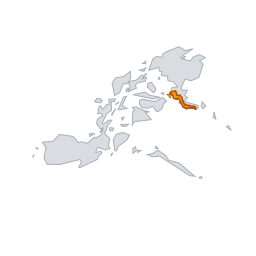 Zamboanga del Norte, Zamboanga del Norte, Philippines (highlighted), rotated 256°
{"feature_id": "2640588B39288775379873", "entity_name": "Zamboanga del Norte", "entity_type": "district", "adm_level": 2, "iso_a3": "PHL", "parent_name": "Philippines", "parent_adm1": "Zamboanga del Norte", "projection": "albers", "projection_center": [122.692, 8.0], "detail": "fine", "context": "in_parent", "style": "filled", "palette": "amber", "viewbox_px": 256, "rotation_deg": 256, "n_neighbors": 0, "source": "geoboundaries", "source_scale": "gbopen_adm2", "svg_char_len": 7585}
<svg xmlns="http://www.w3.org/2000/svg" viewBox="0 0 256 256"><g transform="rotate(256 128 128)"><path d="M119.2,39.2L129.2,43.7L134.9,41.4L133.3,52.3L138.3,59.8L133.1,72.8L125.8,76.2L125.9,79.9L123.0,84.6L127.1,92.8L126.2,95.0L128.0,100.7L134.1,104.0L133.9,101.0L139.8,98.6L143.9,100.4L146.2,106.5L148.9,105.3L149.2,102.2L156.0,105.3L155.8,106.9L152.3,108.0L156.0,113.2L155.6,115.4L160.5,116.4L159.3,122.9L156.9,121.2L157.8,118.1L149.1,116.3L147.1,110.8L139.3,104.3L137.6,104.6L140.3,111.5L139.4,114.2L136.3,109.7L128.2,103.9L122.3,107.9L115.4,104.6L112.6,105.7L112.4,100.4L116.8,94.0L112.0,90.7L112.0,96.3L110.0,96.7L107.4,91.9L105.1,91.1L101.1,71.7L101.9,70.7L106.3,74.6L109.1,73.7L109.1,52.6L112.4,40.7L119.2,39.2ZM178.9,162.0L188.9,168.7L190.5,173.2L188.3,178.2L191.4,179.7L192.7,183.6L194.5,197.0L189.2,202.5L189.2,210.1L184.0,195.9L182.2,196.9L177.9,204.9L180.9,208.0L182.0,214.8L177.6,220.1L175.9,213.6L171.7,216.3L159.9,209.0L158.6,200.7L161.6,195.1L154.1,189.2L151.7,189.4L150.3,195.0L146.2,190.9L142.7,193.3L142.0,190.6L139.6,190.0L133.0,201.4L130.5,201.1L130.0,197.9L134.4,187.5L143.7,184.5L145.6,180.7L150.9,176.9L156.6,180.6L156.0,186.0L161.5,183.5L164.3,178.3L168.8,178.8L170.7,173.1L174.4,174.5L175.4,172.3L179.4,172.4L178.9,162.0ZM149.3,168.9L144.8,171.9L143.0,168.3L138.9,166.0L136.6,161.2L137.6,159.3L142.9,157.6L142.4,151.7L144.6,146.4L148.4,144.9L151.9,145.9L152.7,147.9L147.1,160.7L149.3,168.9ZM175.5,123.4L179.6,128.1L179.0,136.4L182.4,144.0L175.5,142.7L172.8,140.0L171.1,137.0L172.2,134.1L164.6,128.7L162.6,122.9L175.5,123.4ZM130.0,132.9L142.6,136.5L143.4,138.7L147.0,137.3L146.5,140.8L141.7,147.3L130.5,152.6L132.6,135.8L130.0,132.9ZM81.9,168.9L65.0,181.1L66.9,176.3L93.0,151.9L94.1,145.0L97.6,140.3L97.2,145.3L99.3,151.6L92.5,157.7L86.8,159.7L81.9,168.9ZM109.4,109.7L120.3,110.9L124.7,115.1L124.9,122.0L120.7,127.8L116.4,123.7L112.8,114.5L108.5,111.1L109.4,109.7ZM166.5,140.0L171.3,139.5L172.7,141.8L172.5,147.7L176.1,154.4L174.4,156.0L172.2,153.6L172.8,158.2L169.4,156.4L169.4,147.8L167.7,145.3L164.7,145.8L163.1,137.3L166.5,140.0ZM150.0,166.5L150.2,159.2L159.1,141.0L158.7,153.2L154.5,157.0L150.0,166.5ZM166.8,161.7L160.3,164.3L157.8,164.0L156.1,161.3L163.3,156.5L166.6,158.3L166.8,161.7ZM148.1,122.7L159.1,131.3L159.2,134.3L151.3,127.8L147.0,131.9L148.1,122.7ZM163.3,108.1L160.9,109.5L159.0,107.7L161.5,101.9L164.2,104.8L163.3,108.1ZM135.5,206.2L130.5,208.8L128.7,205.4L131.8,204.3L135.5,206.2ZM102.2,126.6L106.9,127.7L108.1,130.6L103.9,130.6L102.2,126.6ZM130.0,109.4L132.8,110.5L131.3,114.1L128.9,112.4L130.0,109.4ZM117.6,213.3L122.8,215.5L115.4,215.3L117.6,213.3ZM181.9,159.8L179.2,157.0L181.5,152.5L181.3,155.2L181.9,159.8ZM133.2,121.8L131.4,129.4L130.1,126.3L131.2,122.5L133.2,121.8ZM105.5,223.9L105.8,226.2L100.6,227.5L105.5,223.9ZM131.7,89.1L131.5,92.5L130.3,93.9L129.1,88.6L131.7,89.1ZM140.8,148.4L138.5,152.8L138.5,150.3L140.8,148.4ZM104.2,131.9L103.0,135.1L101.9,131.4L104.2,131.9ZM166.9,137.9L165.2,138.0L163.5,135.5L165.6,135.2L166.9,137.9ZM139.4,124.0L139.4,126.9L137.0,124.5L139.4,124.0ZM188.6,161.4L186.1,160.9L187.2,157.8L188.6,161.4ZM145.4,115.4L149.9,121.1L144.3,115.5L145.4,115.4ZM103.7,150.7L100.8,152.3L101.6,149.7L103.7,150.7ZM153.9,168.8L153.4,171.3L151.7,170.1L153.9,168.8ZM154.5,122.4L155.5,125.8L153.3,121.5L154.5,122.4ZM63.0,187.8L61.5,187.6L61.8,185.5L63.0,185.2L63.0,187.8ZM169.8,170.7L167.9,170.8L167.7,169.5L168.8,169.3L169.8,170.7ZM183.5,201.0L182.1,199.5L182.5,197.9L183.5,198.7L183.5,201.0ZM106.8,105.4L107.6,107.4L105.3,105.1L106.8,105.4ZM175.6,157.1L176.4,159.6L174.2,156.5L175.6,157.1ZM131.2,34.6L129.0,36.1L130.6,33.8L131.2,34.6ZM133.6,102.4L130.6,100.9L130.7,99.9L133.6,102.4ZM123.1,28.5L125.0,30.3L122.9,29.1L123.1,28.5Z" fill="#d9dde1" stroke="#a8b0b8" stroke-width="1"/><path d="M152.6,179.3L152.6,178.0L152.4,178.0L152.3,177.9L152.2,177.9L152.1,178.0L152.0,177.9L152.0,178.0L151.9,177.9L151.9,178.0L151.8,177.9L151.6,177.7L151.7,177.4L151.9,177.2L151.8,176.9L151.7,176.9L151.6,177.1L151.4,177.2L151.2,177.0L150.9,176.7L150.4,176.6L150.1,176.6L150.1,176.9L150.3,176.9L150.3,177.0L150.4,176.9L150.5,176.9L150.4,177.0L150.5,177.0L150.4,177.1L150.4,177.3L150.6,177.3L150.6,177.7L150.6,177.8L150.3,178.0L150.2,177.8L150.0,177.7L149.9,177.8L149.7,177.8L149.7,178.1L149.5,178.4L149.5,178.5L149.6,178.4L149.5,178.5L149.5,178.8L149.4,178.9L149.4,179.0L149.1,179.4L149.0,179.5L148.6,179.6L148.4,179.5L148.3,179.4L148.0,179.4L147.6,179.3L147.4,179.3L146.8,179.4L145.8,179.5L145.7,179.6L145.5,179.8L145.4,179.9L145.2,180.0L145.2,180.3L145.2,180.5L145.0,180.8L144.8,180.8L144.7,180.9L144.6,181.4L144.7,181.6L144.8,181.8L144.7,182.1L144.5,182.3L144.3,182.3L144.1,182.3L144.2,182.6L144.2,182.8L144.3,182.8L144.4,183.0L144.7,183.2L144.8,183.2L144.8,183.4L144.8,183.5L144.8,183.9L144.7,184.0L144.3,184.1L144.2,184.3L143.8,184.6L143.5,184.7L143.3,184.7L143.1,184.7L142.9,184.7L143.0,184.7L142.9,184.7L142.9,184.8L142.5,185.0L141.8,185.1L141.7,185.1L141.3,185.2L140.8,185.1L140.5,185.0L140.4,184.9L140.4,184.7L140.2,184.4L140.1,184.7L139.9,184.8L139.8,185.1L139.5,185.3L139.3,185.3L139.2,185.4L139.3,185.5L139.1,185.6L138.9,185.6L138.7,185.6L138.3,185.7L138.2,185.8L137.7,185.7L136.6,186.0L136.0,186.1L135.9,186.2L135.8,186.3L135.6,186.3L135.5,186.5L135.2,186.5L134.8,186.7L134.7,186.9L134.5,187.1L134.3,187.2L134.1,187.4L134.2,187.5L134.3,187.6L134.3,187.8L134.2,188.0L133.9,188.3L133.7,188.5L133.4,188.5L133.2,188.8L133.2,189.0L133.0,189.3L132.9,189.5L132.7,189.5L132.8,189.7L132.7,189.8L132.5,189.7L132.5,189.8L132.7,190.0L132.8,190.1L132.7,190.2L132.4,190.1L132.5,190.1L132.4,190.1L132.4,190.3L132.2,190.4L132.3,190.4L132.4,190.5L132.5,190.5L132.8,191.0L132.9,191.3L132.9,191.7L132.9,191.8L132.8,192.0L132.7,192.0L132.8,192.0L132.7,192.1L132.6,192.3L132.8,192.6L132.8,192.4L132.9,192.5L133.0,192.5L133.0,192.8L132.8,192.9L132.8,193.0L132.7,192.9L132.6,193.0L132.5,193.3L132.3,193.4L132.2,193.3L132.1,193.5L132.3,193.7L132.1,193.8L132.0,194.0L131.9,194.3L131.8,194.5L131.8,195.1L131.7,195.3L131.7,195.5L131.5,195.8L131.5,196.0L131.8,196.3L132.0,196.3L131.9,196.5L131.6,196.7L131.2,196.8L131.1,197.0L130.9,197.1L130.7,197.2L130.5,197.4L130.5,197.5L130.3,197.7L130.1,197.9L129.8,198.4L129.8,198.5L130.0,198.7L130.3,198.6L132.1,198.6L132.4,198.4L132.4,198.1L132.9,197.6L133.1,197.3L133.0,197.1L133.2,196.9L133.3,197.0L133.5,196.9L133.6,196.7L133.3,195.9L133.3,195.6L133.5,195.2L133.5,194.9L133.7,194.7L134.1,194.5L134.2,194.3L134.3,194.0L134.6,193.9L134.8,193.7L134.6,193.6L135.3,192.3L135.6,191.1L135.8,191.0L135.8,190.6L136.1,190.2L136.7,189.9L136.2,189.4L136.7,188.5L137.2,188.5L137.6,188.7L137.7,188.3L138.1,188.2L138.4,188.3L138.6,188.2L138.8,188.2L139.1,187.7L139.4,187.8L139.6,187.7L139.8,187.6L140.0,187.9L140.0,188.1L140.4,188.2L140.4,188.3L140.5,188.3L140.5,188.2L141.0,188.2L141.2,187.9L141.2,187.7L141.3,187.6L141.4,187.4L142.5,187.4L143.0,187.5L143.8,187.6L143.8,187.8L144.6,187.8L144.7,187.6L144.9,187.5L146.0,186.8L147.0,186.6L147.3,186.5L147.4,186.0L147.0,186.0L147.0,185.9L147.3,185.6L147.3,185.4L147.2,185.3L147.1,185.2L147.6,184.7L147.6,184.3L147.8,184.2L147.9,183.3L148.1,183.3L148.1,183.1L148.3,183.1L148.5,183.4L149.1,183.4L149.3,183.4L149.5,183.5L150.2,183.6L150.5,183.5L150.5,183.4L150.7,183.5L150.9,183.4L151.1,183.4L151.2,183.2L151.4,183.1L151.6,183.1L151.8,183.0L152.0,183.1L152.3,183.1L152.4,182.9L152.5,183.0L152.6,182.9L152.6,182.6L152.7,182.3L152.6,181.9L152.6,181.3L152.6,180.3L152.6,179.7L152.6,179.3ZM150.7,174.8L150.7,174.7L150.6,174.8L150.7,174.8ZM148.0,176.2L147.9,176.3L148.0,176.3L148.0,176.2ZM151.8,177.5L151.7,177.5L151.8,177.5Z" fill="#f59e0b" stroke="#b45309" stroke-width="1.5"/></g></svg>